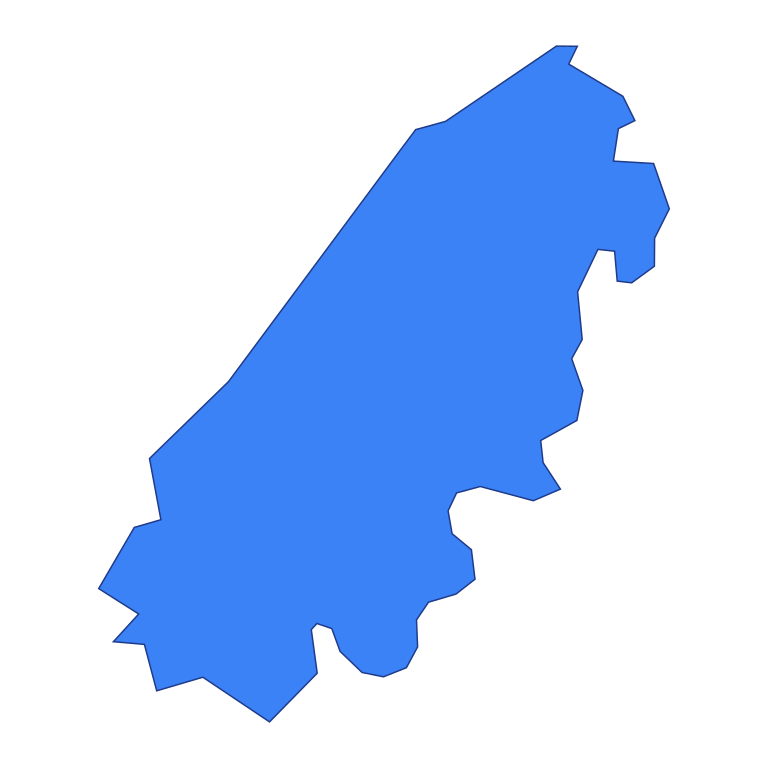 Rhea, Tennessee, United States of America
{"feature_id": "52423323B57247601892980", "entity_name": "Rhea", "entity_type": "district", "adm_level": 2, "iso_a3": "USA", "parent_name": "United States of America", "parent_adm1": "Tennessee", "projection": "natural_earth1", "projection_center": [-84.888, 35.617], "detail": "fine", "context": "isolated", "style": "filled", "palette": "blue", "viewbox_px": 768, "rotation_deg": 0, "n_neighbors": 0, "source": "geoboundaries", "source_scale": "gbopen_adm2", "svg_char_len": 811}
<svg xmlns="http://www.w3.org/2000/svg" viewBox="0 0 768 768"><path d="M269.5,721.9L317.2,673.2L311.3,629.6L316.9,623.5L331.8,628.6L340.1,651.4L362.1,672.5L383.5,676.8L406.4,667.7L417.6,646.9L416.5,619.9L428.5,602.2L456.1,594.0L475.0,579.2L471.4,549.7L452.1,533.7L448.1,510.8L456.6,492.9L480.3,486.5L533.3,500.7L560.4,489.1L543.1,462.6L540.7,440.5L576.9,420.4L582.9,390.4L571.7,358.7L582.2,339.5L577.6,291.8L597.9,249.4L614.6,251.2L617.2,281.1L631.7,282.8L654.4,266.2L654.6,238.2L669.3,208.8L653.6,163.5L613.4,161.1L618.4,128.6L634.9,120.6L622.9,96.3L568.7,64.1L577.3,46.3L556.4,46.1L445.5,121.4L415.7,129.6L401.3,148.8L228.5,381.6L149.5,458.5L160.9,519.7L134.3,527.4L98.7,588.6L138.7,614.0L113.4,641.7L144.4,644.4L156.7,690.8L202.8,677.2L269.5,721.9Z" fill="#3b82f6" stroke="#1e3a8a" stroke-width="1.5"/></svg>